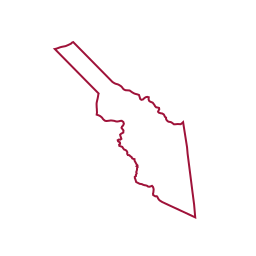 the district of Santo Antônio do Tauá, Pará, Brazil, rotated 30°
{"feature_id": "56859067B37028774968371", "entity_name": "Santo Antônio do Tauá", "entity_type": "district", "adm_level": 2, "iso_a3": "BRA", "parent_name": "Brazil", "parent_adm1": "Pará", "projection": "mercator", "projection_center": [-48.203, -1.096], "detail": "fine", "context": "isolated", "style": "outline", "palette": "rose", "viewbox_px": 256, "rotation_deg": 30, "n_neighbors": 0, "source": "geoboundaries", "source_scale": "gbopen_adm2", "svg_char_len": 2306}
<svg xmlns="http://www.w3.org/2000/svg" viewBox="0 0 256 256"><g transform="rotate(30 128 128)"><path d="M94.2,132.1L96.4,131.7L97.8,131.6L99.4,131.8L100.6,132.1L101.7,132.7L103.4,133.1L104.6,133.2L105.9,132.7L108.3,130.9L109.4,130.0L111.0,129.3L112.5,128.7L114.3,128.3L115.4,127.8L116.8,126.7L117.9,125.6L119.0,124.9L120.9,125.1L122.3,126.4L122.5,128.4L122.1,129.7L122.3,131.1L125.3,132.4L126.2,134.3L124.9,136.4L124.5,137.7L125.4,138.7L126.7,139.8L127.7,140.7L127.2,141.9L125.8,142.6L125.2,143.7L126.1,144.5L128.2,144.5L129.1,145.7L128.6,146.8L129.4,147.8L131.0,147.5L132.5,147.2L133.9,148.0L135.4,148.6L136.9,148.3L138.2,148.5L139.6,149.4L140.2,150.8L141.4,151.5L142.8,150.9L144.2,151.3L145.7,151.4L146.8,152.2L148.0,152.1L149.2,151.7L150.0,153.0L152.0,154.2L153.4,155.1L154.8,155.6L154.5,156.8L155.9,157.0L155.9,158.3L156.6,159.5L157.0,160.9L157.2,162.1L158.2,162.9L158.2,164.5L158.9,165.6L158.3,166.9L159.0,168.0L160.1,168.8L162.1,170.7L166.0,170.5L168.0,169.7L169.5,169.6L170.8,169.3L172.1,168.8L173.5,168.5L174.7,168.7L176.0,168.1L177.0,167.0L177.7,166.1L179.0,166.5L180.2,167.5L181.0,168.5L182.2,171.2L182.5,172.4L183.4,173.5L184.6,173.5L185.9,173.5L187.0,172.7L188.1,173.1L189.2,173.9L190.6,174.6L191.9,174.9L194.7,175.0L203.9,174.2L213.7,173.3L215.0,173.2L230.9,171.8L223.5,161.2L218.6,154.8L217.7,153.6L216.3,151.8L210.0,143.5L192.5,120.5L188.8,115.2L172.8,95.4L172.3,97.1L171.7,98.4L168.9,99.8L167.4,100.9L166.0,101.8L162.8,101.4L161.4,101.7L160.3,102.2L159.0,102.3L157.4,101.8L156.4,101.1L155.8,100.0L154.3,99.8L153.4,99.1L152.3,98.4L150.5,98.3L148.9,98.9L147.1,99.3L145.9,98.9L145.7,97.4L145.7,96.1L144.8,95.1L143.3,95.5L142.1,96.0L140.6,95.6L139.3,94.8L136.7,93.7L134.0,94.1L132.7,93.9L131.5,92.9L130.6,91.0L129.1,91.4L128.1,92.3L127.3,93.7L126.7,95.8L125.5,96.9L124.0,96.7L123.1,95.8L121.0,93.9L119.3,94.2L117.2,94.8L116.0,95.0L113.6,95.0L110.7,94.7L109.6,95.2L108.4,95.8L107.0,96.5L105.5,96.7L103.9,96.4L102.8,95.8L101.1,95.3L98.6,95.2L97.3,95.3L95.5,95.8L94.1,96.0L91.5,95.9L89.4,95.3L37.6,81.0L36.8,82.1L36.5,83.4L34.8,85.9L33.0,88.3L30.0,90.9L28.9,92.0L26.4,95.0L25.1,96.2L69.2,108.4L85.3,112.8L85.6,114.0L86.1,115.2L87.0,117.8L87.4,119.2L87.9,120.8L88.4,122.2L89.0,123.3L90.7,126.0L91.5,127.1L92.4,128.6L93.3,129.9L94.2,132.1Z" fill="none" stroke="#9f1239" stroke-width="2"/></g></svg>